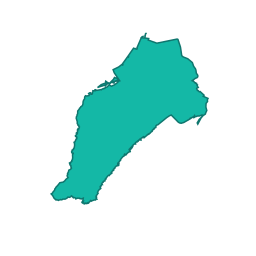 NCR, Fourth District, Paranaque, Philippines (Robinson projection), rotated 37°
{"feature_id": "2640588B20861121251971", "entity_name": "NCR, Fourth District", "entity_type": "district", "adm_level": 2, "iso_a3": "PHL", "parent_name": "Philippines", "parent_adm1": "Paranaque", "projection": "robinson", "projection_center": [120.995, 14.466], "detail": "fine", "context": "isolated", "style": "filled", "palette": "teal", "viewbox_px": 256, "rotation_deg": 37, "n_neighbors": 0, "source": "geoboundaries", "source_scale": "gbopen_adm2", "svg_char_len": 5823}
<svg xmlns="http://www.w3.org/2000/svg" viewBox="0 0 256 256"><g transform="rotate(37 128 128)"><path d="M113.5,228.8L113.5,228.4L114.6,228.3L114.9,227.9L116.1,227.6L116.2,227.0L117.0,226.3L117.1,225.8L118.4,225.2L118.7,224.1L120.7,222.5L121.6,220.4L121.6,219.3L123.0,218.6L123.7,217.3L123.6,216.3L125.3,216.1L125.8,216.6L126.5,216.6L127.0,215.9L128.3,215.5L129.0,216.0L129.8,214.5L131.5,213.3L132.2,213.4L132.6,212.9L133.3,212.9L134.5,211.0L135.7,213.2L135.8,214.3L136.3,213.8L136.2,215.1L136.7,215.3L136.8,214.8L137.9,214.4L138.3,215.0L138.7,215.0L139.2,214.4L139.4,213.5L140.3,213.4L141.1,212.5L140.8,212.3L141.5,211.8L141.1,211.5L141.5,211.1L141.8,210.0L141.9,209.2L141.7,208.4L142.5,208.1L142.5,209.0L143.0,207.9L144.3,205.9L145.4,205.0L145.2,204.1L145.9,203.6L144.9,203.1L144.6,202.3L144.2,202.5L143.8,202.2L143.6,201.1L143.4,201.0L143.4,198.1L142.4,197.7L142.1,196.3L142.1,194.1L142.6,193.2L142.6,192.6L141.7,192.3L141.5,191.7L141.0,191.4L141.4,190.6L141.1,190.3L141.3,189.3L142.0,189.2L140.5,189.1L141.8,188.7L140.4,188.7L140.9,188.5L140.6,188.4L140.5,187.2L140.8,186.2L140.5,186.0L140.8,184.7L141.4,184.3L140.6,182.3L141.1,181.9L140.7,181.3L140.7,178.5L141.0,177.4L141.6,177.3L141.6,176.9L142.1,177.1L141.6,176.9L141.7,175.4L142.2,174.4L142.6,174.5L142.1,174.1L142.3,173.8L142.1,173.5L141.4,173.5L141.4,171.0L141.8,170.9L141.9,170.1L141.4,170.0L141.3,169.0L141.7,168.1L141.3,167.8L141.6,165.1L142.7,164.2L142.8,163.7L142.3,163.5L142.8,163.1L142.5,162.9L142.4,162.1L142.3,161.9L142.2,161.7L142.3,162.8L141.5,162.7L141.5,162.3L141.1,162.3L141.1,161.7L141.6,161.7L141.7,161.4L141.2,161.2L141.4,158.2L141.1,158.2L141.0,157.2L141.1,154.0L141.7,153.0L141.5,152.1L141.8,151.6L141.0,151.2L141.1,150.9L142.0,151.4L142.6,150.7L142.6,150.2L142.3,150.2L143.0,146.9L144.0,145.6L143.9,145.3L142.8,145.0L143.1,141.4L142.9,140.2L142.6,140.5L142.2,144.5L141.8,144.4L142.4,139.0L142.3,138.2L143.0,136.3L143.5,136.4L143.7,136.1L142.9,135.7L142.8,135.2L143.2,133.8L143.6,133.7L143.4,133.2L143.6,132.2L144.0,132.2L143.8,131.6L144.0,130.8L144.7,130.5L144.3,129.9L145.2,129.7L144.7,129.4L145.0,129.1L144.6,128.8L145.0,127.3L145.9,126.7L145.4,126.0L145.5,125.6L146.1,125.4L146.9,125.6L146.9,124.8L147.6,122.4L147.4,122.1L147.9,120.6L148.2,120.8L148.4,120.5L148.1,120.1L148.7,119.1L148.8,117.5L149.3,116.2L149.2,115.6L148.8,115.5L148.9,114.3L149.4,113.6L149.4,112.8L149.1,112.7L149.4,112.4L149.3,111.7L149.9,110.9L149.7,110.3L149.0,109.8L149.1,108.4L149.9,107.5L152.7,96.2L153.7,93.4L154.7,91.6L164.7,93.1L166.2,92.9L167.6,92.2L169.2,90.1L172.2,83.1L171.8,82.9L172.3,81.8L172.6,81.9L173.4,79.7L174.2,80.2L174.7,79.5L173.7,78.9L173.7,78.2L174.1,78.6L175.5,77.9L176.1,76.8L177.9,75.3L179.2,73.1L180.3,74.4L179.7,78.3L180.2,82.3L181.4,82.9L180.3,76.0L180.5,73.0L181.4,70.3L180.9,69.0L180.4,66.6L177.6,64.4L175.5,61.3L175.6,59.0L174.4,57.7L174.1,56.2L169.0,57.4L169.0,56.0L163.7,55.5L163.5,56.0L163.0,56.2L161.5,55.9L160.9,56.3L159.0,55.1L159.1,54.3L159.7,53.4L158.0,52.7L157.5,51.8L157.0,52.1L155.9,51.1L155.2,51.5L155.1,50.7L155.0,51.2L153.7,51.5L152.2,51.2L150.8,51.6L151.9,47.8L152.8,46.4L152.9,45.1L152.0,43.9L149.6,43.1L147.4,40.9L146.2,40.1L143.3,39.2L140.0,37.0L134.1,36.7L129.4,38.0L127.4,37.9L121.2,31.8L114.6,27.2L113.7,27.4L100.0,42.9L91.3,45.6L90.7,44.1L87.3,46.0L85.4,42.3L85.7,41.1L85.4,41.6L85.3,42.3L87.2,46.1L84.4,47.9L84.3,46.7L84.5,46.4L84.9,46.0L84.9,45.9L84.6,46.2L84.3,46.7L84.4,47.9L83.6,48.4L84.3,48.1L84.4,48.4L87.0,59.0L86.9,58.4L87.3,58.6L87.6,59.7L85.8,60.4L85.7,60.2L85.3,59.9L85.7,60.5L84.4,60.9L84.8,71.0L85.6,70.9L85.6,71.3L84.8,71.4L85.0,80.5L85.9,80.6L85.9,80.9L84.9,80.9L83.8,84.9L81.0,90.4L83.8,92.2L93.0,95.3L92.3,96.2L92.3,97.9L91.3,101.5L89.6,104.6L87.7,104.9L86.4,103.8L86.9,103.0L87.6,100.6L88.0,100.5L88.0,101.0L89.2,100.8L89.2,100.4L88.2,100.6L88.5,99.7L89.2,99.8L88.7,99.4L89.7,98.5L89.5,98.1L90.2,97.3L90.5,97.6L91.2,97.0L91.2,96.2L91.7,95.9L91.2,95.5L89.6,95.1L89.2,94.6L87.6,95.7L86.8,95.8L87.1,97.8L86.3,103.5L84.1,104.0L82.0,104.0L82.1,104.3L82.9,104.3L82.9,105.6L80.5,109.5L79.3,114.0L81.2,111.2L81.5,110.4L82.0,110.3L82.5,109.3L83.9,107.9L84.3,107.9L84.4,107.5L84.2,107.9L83.7,107.6L84.0,107.0L84.5,107.3L84.5,107.0L84.1,106.8L84.1,106.4L84.4,106.2L84.6,106.9L84.7,106.1L84.0,105.6L84.8,105.9L84.8,105.5L84.6,105.5L84.9,105.2L84.6,104.7L84.8,104.4L85.9,104.0L87.4,104.9L87.0,105.1L86.6,107.9L85.8,109.0L85.8,109.4L85.6,109.4L85.2,110.9L84.9,110.9L84.5,111.9L84.1,112.1L83.7,113.5L83.4,113.5L80.4,116.8L79.1,116.9L78.6,117.4L78.7,118.0L79.0,117.1L79.7,117.2L79.4,118.0L77.6,119.3L78.0,119.6L78.1,120.8L78.8,121.8L78.9,122.7L78.2,123.3L77.0,122.4L76.2,123.0L75.8,124.2L77.2,124.7L77.4,125.5L75.7,127.4L74.7,127.7L74.6,128.4L74.8,129.4L75.8,130.9L75.8,132.6L76.4,134.2L77.5,135.8L78.0,137.3L77.9,138.5L77.5,139.4L77.7,140.3L77.4,141.4L77.7,142.3L77.6,144.7L79.2,146.9L79.3,147.9L79.9,148.9L80.0,150.0L80.8,151.4L83.6,153.4L84.8,155.0L86.1,155.5L86.4,155.9L87.1,155.6L87.5,156.2L88.6,156.4L89.0,157.7L88.5,158.3L88.6,159.1L89.1,158.8L89.5,159.1L88.9,160.1L90.1,161.5L89.8,163.1L90.4,163.0L90.6,162.5L90.9,163.0L90.7,166.0L91.3,166.3L92.3,165.9L93.1,166.6L93.0,167.2L93.5,167.5L93.4,169.1L94.0,170.7L93.5,171.8L93.8,172.2L94.4,172.3L95.8,174.0L97.1,176.5L96.8,177.1L97.3,177.9L96.7,179.4L97.2,179.6L97.3,181.0L98.1,181.6L98.8,181.6L99.3,181.1L99.7,181.4L99.4,181.8L99.8,182.8L101.6,184.9L102.6,186.7L102.6,187.7L103.2,188.5L102.8,189.9L103.1,190.6L102.5,190.7L102.3,191.2L104.2,192.5L104.9,192.3L105.7,193.3L106.4,193.6L106.5,194.1L107.0,194.2L107.0,195.6L106.1,197.3L107.0,199.4L107.0,200.5L107.3,201.1L107.8,201.2L108.0,202.6L108.5,203.1L110.0,203.7L109.3,206.4L109.3,208.3L108.8,210.2L106.5,212.7L106.4,216.4L106.1,218.4L106.3,219.6L106.2,220.6L106.8,221.9L106.6,224.2L106.9,225.2L106.3,226.9L108.5,227.3L111.3,228.6L113.5,228.8Z" fill="#14b8a6" stroke="#0f766e" stroke-width="1.5"/></g></svg>